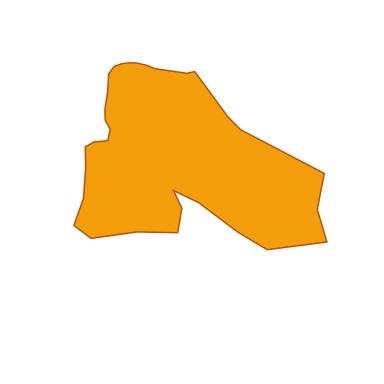 an SVG outline of Tervetes, rotated 217°
{"feature_id": "LVA-5739", "entity_name": "Tervetes", "entity_type": "Municipality", "adm_level": 1, "iso_a3": "LVA", "parent_name": "Latvia", "parent_adm1": "", "projection": "robinson", "projection_center": [23.354, 56.45], "detail": "fine", "context": "isolated", "style": "filled", "palette": "amber", "viewbox_px": 384, "rotation_deg": 217, "n_neighbors": 0, "source": "natural_earth", "source_scale": "10m", "svg_char_len": 608}
<svg xmlns="http://www.w3.org/2000/svg" viewBox="0 0 384 384"><g transform="rotate(217 192 192)"><path d="M262.3,289.8L208.2,273.5L190.4,271.0L97.5,286.4L81.4,253.4L54.2,233.3L78.5,209.5L97.2,191.2L131.6,187.5L180.3,187.5L207.5,182.0L190.3,172.9L178.9,150.9L211.8,127.1L244.7,94.2L266.2,94.2L274.8,121.6L291.9,147.9L304.5,163.9L302.1,168.8L300.6,172.8L292.2,180.4L290.3,182.5L294.9,192.7L304.6,197.1L311.4,205.8L319.5,221.0L329.6,236.1L329.8,245.5L325.5,251.9L319.9,257.4L313.8,261.7L304.3,266.0L296.1,268.1L267.7,283.6L262.5,289.5L262.3,289.8Z" fill="#f59e0b" stroke="#b45309" stroke-width="1.5"/></g></svg>